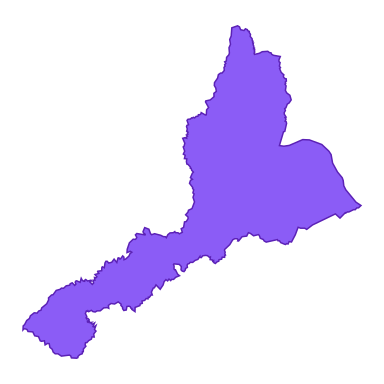 outline of Kosamphi Nakhon, Kamphaeng Phet, Thailand
{"feature_id": "78962969B49200867447191", "entity_name": "Kosamphi Nakhon", "entity_type": "district", "adm_level": 2, "iso_a3": "THA", "parent_name": "Thailand", "parent_adm1": "Kamphaeng Phet", "projection": "robinson", "projection_center": [99.226, 16.58], "detail": "fine", "context": "isolated", "style": "filled", "palette": "violet", "viewbox_px": 384, "rotation_deg": 0, "n_neighbors": 0, "source": "geoboundaries", "source_scale": "gbopen_adm2", "svg_char_len": 5929}
<svg xmlns="http://www.w3.org/2000/svg" viewBox="0 0 384 384"><path d="M179.5,275.7L177.6,274.1L175.4,269.7L174.7,269.8L174.0,268.9L174.1,266.1L173.5,264.5L174.0,263.9L179.3,264.4L181.3,266.6L181.0,269.8L182.2,271.1L184.0,271.6L185.3,270.0L185.5,268.5L187.4,267.4L187.1,265.1L187.8,264.0L189.3,263.5L190.2,262.3L192.7,262.4L195.1,260.4L197.9,259.4L199.9,256.5L200.0,257.4L201.3,257.6L202.7,255.8L205.4,255.4L207.4,255.6L209.5,257.4L210.4,257.0L210.1,259.6L212.3,260.0L212.7,261.3L213.6,260.6L213.8,262.6L215.3,263.5L217.4,261.6L218.7,261.3L219.0,259.7L221.6,259.2L222.2,257.2L224.6,257.3L224.8,255.5L225.5,255.1L224.8,253.8L225.2,252.2L224.5,250.5L224.7,249.4L229.8,244.6L232.7,239.8L234.8,238.7L237.3,238.8L238.1,239.7L237.7,240.9L238.6,241.0L242.1,236.7L246.7,236.1L248.4,232.7L250.4,233.4L253.6,235.8L258.4,234.6L259.3,235.5L260.3,238.3L263.3,239.5L264.2,241.0L266.2,242.1L277.4,239.6L278.0,240.8L279.5,240.8L280.7,242.6L284.5,244.2L285.6,244.5L286.6,243.6L288.1,244.0L289.1,241.6L291.5,242.0L295.3,234.8L298.1,227.3L300.6,228.2L304.7,228.2L306.7,229.4L312.6,224.9L335.4,213.9L340.0,218.1L345.3,212.7L345.7,213.1L347.5,211.9L348.8,212.0L353.7,209.6L355.2,209.7L356.7,208.0L358.6,207.8L361.0,205.5L356.0,202.2L345.8,189.8L343.8,185.8L343.2,180.5L342.2,177.7L337.5,172.0L332.6,163.1L331.1,154.6L328.9,151.2L321.8,144.5L309.4,139.9L302.7,139.6L289.3,145.4L283.9,146.2L279.4,145.6L283.5,131.8L284.8,131.4L286.6,123.3L286.1,121.6L285.1,121.2L286.0,119.1L285.0,117.5L286.1,117.1L284.3,114.2L284.2,112.7L285.4,110.5L284.7,108.6L285.9,107.8L287.3,104.1L289.1,103.0L291.2,99.9L289.9,95.3L286.7,92.9L285.4,90.4L286.1,85.9L285.0,84.1L285.7,83.5L285.3,82.0L286.4,81.1L286.2,78.8L284.8,78.5L283.6,77.2L283.4,75.9L283.9,74.9L281.2,72.4L279.6,68.6L280.5,67.7L279.4,66.1L280.1,62.5L279.1,61.8L278.9,60.0L280.3,56.5L273.5,55.3L271.7,54.3L271.0,52.8L269.5,52.6L267.8,51.3L262.2,51.7L259.3,53.3L254.5,54.4L254.1,53.1L254.8,52.0L254.2,50.9L254.7,50.1L254.6,49.1L253.7,48.9L254.2,48.0L253.6,47.9L253.8,46.1L253.1,44.7L253.4,43.2L252.9,43.3L252.6,42.4L253.0,41.2L252.3,40.8L252.1,38.7L250.2,36.4L250.5,34.4L249.2,32.4L249.3,31.4L247.8,30.7L247.3,29.6L245.4,28.8L244.0,30.5L240.6,29.7L239.5,26.9L237.6,25.8L231.8,27.8L231.2,36.0L229.7,39.5L230.5,44.3L229.0,47.7L229.4,53.1L228.8,54.9L226.6,57.3L226.3,61.0L224.7,61.8L225.8,63.4L224.6,64.7L225.1,66.1L224.0,67.4L224.3,70.4L222.1,73.0L220.5,73.1L218.4,74.6L217.6,78.1L214.5,82.6L214.3,85.5L215.8,88.1L216.3,91.4L213.9,93.3L214.0,96.7L210.3,99.9L205.8,100.9L205.5,101.9L208.6,107.5L206.6,109.8L206.3,114.8L205.4,115.0L201.2,112.6L200.9,113.8L199.7,114.8L198.4,114.7L197.9,116.3L196.1,116.4L194.7,117.9L193.3,117.3L192.6,118.0L191.7,117.8L190.4,119.0L187.9,119.3L187.0,120.4L188.5,124.7L186.9,125.4L186.5,126.6L187.3,128.9L186.7,131.2L187.6,131.5L188.0,132.6L187.3,133.1L187.8,134.3L186.4,135.0L187.5,136.2L186.3,137.2L186.6,138.2L184.8,137.7L182.7,138.3L184.8,143.2L184.1,146.1L183.2,146.9L184.7,151.2L183.3,154.1L185.2,155.3L184.4,158.6L186.8,158.9L186.4,161.7L186.9,164.1L188.1,164.5L190.3,166.9L190.3,168.2L191.1,168.3L191.7,170.3L193.4,172.1L192.3,173.3L190.4,177.7L192.4,179.3L190.5,180.3L189.5,183.3L192.7,187.5L192.6,188.5L193.7,189.8L192.9,192.9L194.1,194.0L193.0,197.3L194.5,201.9L192.0,208.6L188.5,210.2L187.9,212.2L185.6,214.8L188.0,217.0L188.1,218.6L186.3,221.5L184.5,221.9L183.6,227.4L181.2,228.7L182.3,232.3L179.3,233.8L178.1,232.8L175.3,232.6L174.8,231.6L173.3,232.7L170.0,232.9L167.9,234.6L166.3,237.7L165.4,236.7L163.3,236.6L160.8,235.3L154.6,233.7L151.6,234.7L150.5,233.6L148.9,229.2L144.7,227.6L143.0,231.7L143.5,232.9L145.2,234.3L145.0,234.9L136.8,233.5L135.4,234.9L136.8,237.4L136.1,238.7L135.3,239.4L133.2,239.2L129.4,242.8L127.2,249.3L127.0,252.6L130.3,251.3L131.8,252.2L130.0,253.6L128.9,256.1L125.6,259.1L124.0,259.7L123.9,257.1L122.7,255.9L120.5,258.9L119.5,258.9L118.9,257.8L118.0,258.0L116.8,262.5L114.1,259.1L111.7,262.3L108.7,263.0L107.2,261.3L105.9,261.3L105.0,262.9L104.3,267.7L102.3,266.8L101.8,267.7L101.7,270.7L97.8,271.2L97.6,271.7L98.8,273.4L95.0,274.5L96.9,276.8L95.8,277.9L94.5,277.5L94.9,280.2L93.1,280.2L93.6,283.1L92.3,284.4L89.8,281.9L89.9,281.3L91.5,281.0L91.0,280.2L87.6,281.0L85.7,279.5L84.5,280.4L84.6,281.3L83.9,281.3L82.4,280.5L81.2,278.3L80.1,282.3L76.7,280.8L75.6,281.2L75.2,282.3L75.9,284.1L74.7,285.4L72.2,282.8L70.2,283.7L69.7,285.2L66.2,285.8L63.5,288.3L61.4,288.1L60.1,289.3L56.2,290.4L53.1,294.7L51.5,295.0L48.5,297.9L48.6,299.9L46.7,303.8L41.7,307.9L41.0,310.2L38.7,311.0L37.1,313.1L34.2,312.8L30.4,315.8L29.4,318.5L26.7,320.5L24.6,324.6L23.2,325.9L23.0,329.9L24.0,328.8L25.4,328.9L27.0,329.5L28.0,331.5L32.8,331.9L34.7,335.8L38.5,336.6L40.2,340.8L41.4,341.3L44.4,340.8L45.1,344.9L47.4,343.5L49.2,343.6L49.9,347.4L52.2,349.3L53.2,352.1L55.2,353.8L58.0,353.8L61.4,356.1L69.5,355.1L70.7,355.9L71.4,357.9L76.7,358.2L77.9,357.6L77.9,356.5L79.6,354.8L82.3,353.7L82.4,351.8L83.3,351.7L83.4,349.0L85.9,346.2L85.1,345.0L85.5,342.7L86.9,342.6L88.7,340.6L91.4,339.1L92.0,336.9L94.2,337.0L93.7,334.0L96.0,331.1L94.5,329.5L95.9,325.6L94.1,327.0L93.0,326.6L94.5,323.0L92.4,324.2L91.0,323.1L91.7,322.4L89.9,322.7L89.3,321.2L88.1,322.4L87.5,322.0L87.4,321.0L88.9,320.6L89.1,319.6L87.7,318.3L86.7,318.9L86.1,317.8L86.8,316.5L85.4,313.5L86.4,311.0L87.5,311.3L87.9,310.7L88.7,311.7L91.3,310.3L92.9,311.6L95.2,312.0L97.1,310.9L100.3,310.8L103.7,307.9L107.3,307.6L108.8,308.3L108.4,305.4L111.0,303.5L114.6,304.0L118.2,301.9L121.1,304.2L120.9,305.4L122.6,307.3L122.6,308.7L123.8,310.5L126.3,310.0L126.9,306.5L128.9,306.2L130.3,306.7L130.8,308.1L131.9,308.5L131.8,309.4L135.0,311.6L135.1,307.4L139.9,305.6L140.2,304.0L142.3,303.3L142.0,301.0L144.7,300.4L146.2,298.5L148.0,298.9L148.3,297.2L149.3,297.4L151.1,295.0L152.3,295.0L151.4,292.1L153.3,288.0L154.4,287.8L156.0,284.9L160.2,289.3L163.1,285.0L164.1,281.7L165.9,279.6L167.6,280.9L169.0,279.1L170.7,280.6L171.6,279.4L173.6,279.4L175.7,277.3L179.5,275.7Z" fill="#8b5cf6" stroke="#5b21b6" stroke-width="1.5"/></svg>